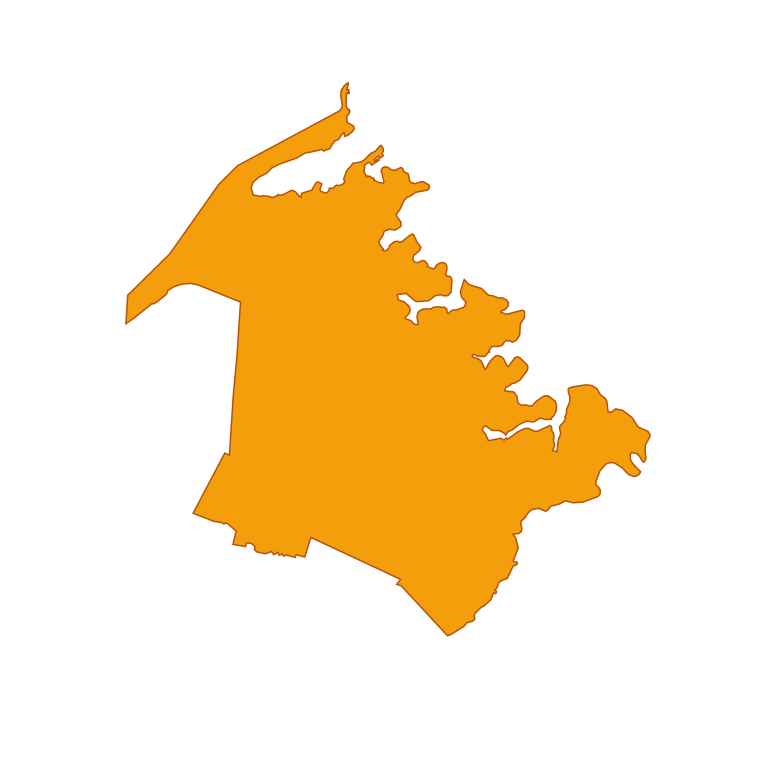 the district of Georges River, New South Wales, Australia, rotated 217°
{"feature_id": "25037944B98162521374910", "entity_name": "Georges River", "entity_type": "district", "adm_level": 2, "iso_a3": "AUS", "parent_name": "Australia", "parent_adm1": "New South Wales", "projection": "equal_earth", "projection_center": [151.093, -33.973], "detail": "fine", "context": "isolated", "style": "filled", "palette": "amber", "viewbox_px": 768, "rotation_deg": 217, "n_neighbors": 0, "source": "geoboundaries", "source_scale": "gbopen_adm2", "svg_char_len": 6171}
<svg xmlns="http://www.w3.org/2000/svg" viewBox="0 0 768 768"><g transform="rotate(217 384 384)"><path d="M458.7,165.9L437.0,172.0L431.0,175.3L427.5,175.9L427.3,177.0L425.0,178.4L413.5,177.5L408.1,165.0L396.7,170.9L398.2,174.5L393.7,176.9L388.9,176.5L387.8,173.7L384.0,173.5L376.3,177.2L373.0,182.6L369.4,181.3L367.1,185.7L364.5,184.1L362.9,187.3L360.9,186.0L358.6,188.8L350.6,192.1L351.5,194.8L343.2,198.2L350.0,217.5L257.8,237.0L253.1,237.9L253.3,231.6L248.8,233.2L181.8,221.2L179.8,224.3L174.4,238.4L174.1,243.3L170.5,247.8L170.1,250.2L170.1,251.1L172.4,253.1L173.3,255.4L171.9,264.7L170.7,266.5L168.8,275.8L170.8,283.3L169.0,283.6L168.7,284.6L169.3,286.1L171.5,286.2L171.1,289.2L172.8,294.2L172.2,296.9L168.6,303.2L171.3,316.1L169.2,319.9L170.3,321.9L173.1,320.2L174.4,320.6L178.2,334.0L186.5,340.5L190.8,341.7L186.5,345.5L185.5,348.7L186.9,351.6L190.4,354.5L191.9,356.8L190.9,361.9L191.4,367.2L190.9,370.8L189.8,373.4L185.7,377.7L178.2,379.7L177.2,382.4L177.3,386.6L171.6,393.9L168.7,400.0L161.5,402.9L153.8,409.7L145.4,423.1L145.2,426.2L147.5,429.5L150.7,430.8L153.9,430.9L156.1,433.3L159.3,444.7L158.7,453.1L157.3,455.8L155.3,458.0L152.1,459.7L143.4,460.4L133.9,458.9L128.6,460.6L126.8,462.7L125.9,465.8L126.3,468.3L136.1,469.8L141.3,471.6L145.1,476.1L144.6,478.5L140.6,480.4L136.9,480.2L131.0,477.7L129.8,477.9L129.1,478.9L130.2,482.5L134.6,486.8L138.5,492.5L139.9,501.4L140.9,503.6L144.7,505.0L154.9,502.6L166.0,506.5L177.6,506.6L184.0,503.6L185.6,498.0L188.3,496.6L195.7,504.4L198.8,505.7L204.3,505.6L211.1,508.4L216.8,508.0L222.3,504.8L231.5,495.3L233.6,492.3L233.8,490.8L231.3,487.9L227.8,485.6L225.1,481.9L222.8,473.5L220.4,470.1L219.7,466.4L218.2,465.8L217.6,461.9L218.2,456.7L217.6,454.8L213.0,450.7L211.3,444.4L205.0,433.9L209.4,432.3L210.6,437.5L214.5,440.7L216.8,444.5L219.0,446.6L221.6,447.5L224.3,450.5L226.4,450.8L232.9,438.8L235.7,436.8L242.1,435.5L244.9,433.0L248.3,426.6L252.0,414.3L254.0,414.4L254.3,411.5L258.1,410.9L266.5,401.6L272.6,405.0L277.6,406.2L278.8,409.5L277.5,411.8L270.0,411.8L264.1,416.1L259.0,417.1L256.1,416.6L256.1,421.0L254.0,424.3L251.6,433.2L248.5,438.9L247.1,440.6L241.5,443.8L239.0,450.7L233.8,452.7L229.1,456.6L229.8,458.2L229.3,460.4L230.2,466.3L233.7,471.2L236.8,473.2L245.1,473.5L247.6,472.2L249.6,469.5L251.9,462.1L252.7,455.2L259.7,451.7L261.3,449.6L265.7,449.6L270.6,454.3L275.5,455.8L283.5,451.1L284.8,454.9L283.4,456.5L281.9,461.6L280.1,463.5L277.8,469.1L277.8,480.7L278.7,483.3L280.5,485.2L291.2,486.8L293.4,486.2L295.3,484.1L295.1,472.7L296.4,472.5L303.5,476.0L306.8,476.3L310.3,475.2L311.6,473.8L312.8,468.7L312.8,463.6L311.8,458.1L312.2,456.6L320.2,460.8L324.1,460.9L328.7,459.0L330.3,459.2L330.5,460.7L329.9,461.8L325.7,462.8L320.4,466.3L319.7,468.7L320.0,470.8L318.9,473.2L320.1,473.2L320.6,478.6L315.0,483.1L312.9,486.1L313.2,490.9L312.2,492.9L311.0,492.9L309.0,494.6L306.8,494.6L304.8,498.1L304.7,501.7L305.4,505.3L310.5,512.8L311.3,514.8L311.8,521.5L315.0,526.1L316.6,526.6L318.4,525.7L328.1,513.3L333.7,511.8L334.2,512.8L331.9,516.9L331.9,521.5L333.8,523.9L336.5,524.8L341.1,524.1L344.8,521.4L349.8,520.1L354.2,517.8L363.7,519.0L375.9,514.5L382.8,515.7L378.4,503.5L373.8,499.7L368.0,498.8L366.3,495.0L366.8,492.7L371.0,486.5L373.6,484.5L374.8,481.4L374.8,479.2L376.3,478.8L378.9,481.6L382.3,481.7L384.0,479.9L388.2,477.6L391.1,474.4L391.6,472.4L398.1,467.1L399.9,462.9L399.2,459.7L397.9,457.3L392.6,452.3L393.4,451.4L396.1,449.9L400.7,450.8L406.4,449.0L407.1,450.6L406.4,454.8L406.8,456.9L407.8,459.0L410.8,461.2L417.9,461.7L423.1,459.8L427.3,463.3L420.9,469.7L408.7,469.0L406.6,470.1L398.4,477.5L396.2,485.3L394.7,487.1L392.4,489.6L390.5,489.7L386.2,492.9L385.7,497.5L391.4,506.8L393.6,509.0L396.4,509.7L397.9,508.3L400.7,508.3L402.5,512.9L404.9,516.1L407.0,517.1L409.7,516.8L412.0,514.5L413.6,511.1L413.2,507.2L413.8,505.6L420.0,503.8L421.0,505.9L425.7,506.9L427.8,505.5L430.4,500.9L433.1,499.9L436.0,500.7L437.7,504.3L435.8,512.1L436.9,515.5L443.0,517.2L450.6,521.2L451.9,520.5L452.9,518.0L455.5,507.8L457.0,506.5L459.4,506.0L461.5,503.7L462.9,498.0L461.9,496.0L462.3,492.6L463.5,490.8L465.7,490.0L465.9,491.4L470.5,492.5L473.9,494.7L474.5,502.6L475.6,505.4L475.3,507.3L472.2,511.4L468.7,513.0L467.2,514.7L465.4,520.3L467.9,523.5L475.6,525.9L476.4,528.4L476.2,532.4L478.5,542.9L477.9,547.3L476.2,549.6L474.2,556.0L466.4,564.6L465.6,566.3L466.0,568.5L467.7,570.0L474.2,569.3L476.6,567.3L479.6,562.8L483.5,561.1L486.1,561.9L491.1,566.4L495.8,565.5L498.8,567.3L500.8,567.1L504.1,560.9L507.0,559.5L511.4,559.4L513.9,558.0L515.3,556.0L514.9,553.0L505.6,545.4L505.6,543.9L508.9,542.0L514.0,540.7L514.7,540.7L514.8,541.7L516.9,542.0L517.6,541.0L520.1,541.5L521.1,540.4L522.1,540.6L522.4,539.0L527.7,541.6L529.9,545.6L531.4,546.4L530.2,550.5L529.0,552.4L525.6,551.4L522.6,559.9L524.1,560.5L525.6,556.3L527.1,557.0L525.7,563.0L523.1,562.0L521.9,566.0L524.4,566.9L524.6,569.5L526.1,571.4L529.7,573.0L530.7,571.1L530.9,564.9L533.4,560.0L534.7,550.4L536.4,547.2L541.8,541.2L541.5,538.4L542.3,532.2L539.4,523.1L537.2,522.4L537.0,519.4L538.7,516.0L541.8,514.0L542.8,509.1L545.5,507.6L544.3,504.9L545.1,501.5L550.5,499.8L552.2,500.7L554.0,506.4L558.4,505.6L559.4,503.5L558.4,495.3L564.5,486.7L562.8,483.3L565.6,483.0L570.4,484.3L574.3,483.3L578.7,474.1L581.7,471.2L582.6,471.6L582.5,470.5L585.3,465.6L588.6,464.7L594.5,461.2L595.0,459.8L602.2,456.3L608.3,460.7L609.9,466.8L608.4,473.9L604.4,482.2L603.7,488.7L600.0,496.5L589.9,511.6L585.4,522.1L583.9,523.0L574.6,534.1L572.5,533.7L568.9,539.3L569.8,547.7L567.5,552.1L567.9,558.1L567.3,560.7L564.3,558.2L562.8,560.4L561.0,566.7L561.4,570.1L563.6,571.7L570.8,570.7L571.6,571.6L574.7,575.2L574.7,579.7L575.4,581.3L577.1,582.2L577.4,581.3L581.7,583.3L588.9,593.4L588.3,595.2L587.5,594.3L586.7,595.2L589.3,597.7L590.1,596.5L590.8,597.1L590.5,598.0L591.1,597.1L592.9,601.9L594.1,603.0L595.3,598.2L594.6,592.0L591.7,587.9L584.9,581.4L583.7,577.9L584.2,574.7L632.2,470.6L636.1,444.3L633.4,358.8L642.1,300.6L626.4,276.9L623.5,285.6L617.6,308.9L616.3,309.1L614.3,314.6L611.8,324.9L612.9,328.6L610.2,335.4L605.8,341.8L599.2,347.8L592.3,351.2L547.9,363.1L517.7,317.0L498.3,285.4L464.6,234.1L469.6,233.1L458.7,165.9Z" fill="#f59e0b" stroke="#b45309" stroke-width="1.5"/></g></svg>